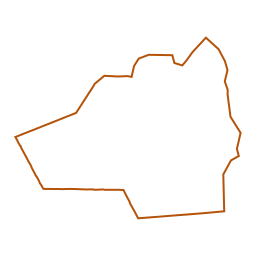 the district of Mamdi, Lac, Chad
{"feature_id": "50815135B65244945482941", "entity_name": "Mamdi", "entity_type": "district", "adm_level": 2, "iso_a3": "TCD", "parent_name": "Chad", "parent_adm1": "Lac", "projection": "equal_earth", "projection_center": [14.379, 13.291], "detail": "fine", "context": "isolated", "style": "outline", "palette": "amber", "viewbox_px": 256, "rotation_deg": 0, "n_neighbors": 0, "source": "geoboundaries", "source_scale": "gbopen_adm2", "svg_char_len": 1222}
<svg xmlns="http://www.w3.org/2000/svg" viewBox="0 0 256 256"><path d="M224.2,211.3L223.3,174.4L231.0,160.4L238.8,156.0L236.9,148.9L240.6,132.9L230.5,116.8L227.6,94.6L227.7,89.8L224.8,81.4L227.5,70.0L224.9,61.1L218.6,49.2L205.9,37.7L192.7,51.9L186.3,60.7L182.3,65.4L174.4,63.0L172.3,55.2L148.7,54.8L138.7,58.6L134.0,66.1L131.6,76.9L127.6,76.1L117.9,76.5L104.3,75.8L94.7,83.8L93.7,85.7L76.1,112.9L15.4,137.0L17.3,140.5L18.4,142.7L20.0,145.6L20.4,145.9L20.6,146.0L20.8,146.7L21.2,147.8L25.2,155.2L26.1,156.7L26.6,157.8L28.8,162.0L30.0,164.0L30.8,165.4L31.9,168.1L34.9,173.7L35.3,174.5L35.8,175.8L36.5,176.3L39.1,181.2L39.5,182.1L39.6,182.3L39.9,183.3L40.8,184.4L41.8,186.1L42.6,187.6L43.1,188.5L43.7,188.9L44.5,188.9L54.0,189.0L58.5,189.0L61.2,189.1L62.2,189.1L63.7,189.1L65.2,189.0L65.4,189.0L70.9,188.9L73.0,189.0L74.4,189.0L87.0,189.5L89.0,189.4L91.0,189.4L93.3,189.4L94.0,189.6L94.7,189.8L101.8,189.5L102.8,189.4L103.0,189.4L103.4,189.5L104.4,189.8L119.6,189.8L121.3,190.0L121.7,190.0L122.1,190.0L123.4,189.9L124.7,192.4L126.4,195.8L128.2,199.2L129.4,201.3L130.0,203.4L133.4,209.4L134.7,211.7L135.2,212.7L137.7,217.5L137.8,217.6L138.2,218.3L203.3,213.2L224.2,211.3Z" fill="none" stroke="#b45309" stroke-width="2"/></svg>